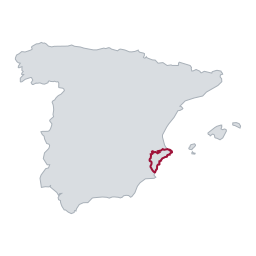 where Alicante sits in Spain
{"feature_id": "ESP-5803", "entity_name": "Alicante", "entity_type": "Autonomous Community", "adm_level": 1, "iso_a3": "ESP", "parent_name": "Spain", "parent_adm1": "", "projection": "equal_earth", "projection_center": [-0.576, 38.363], "detail": "fine", "context": "in_parent", "style": "outline", "palette": "rose", "viewbox_px": 256, "rotation_deg": 0, "n_neighbors": 0, "source": "natural_earth", "source_scale": "10m", "svg_char_len": 5429}
<svg xmlns="http://www.w3.org/2000/svg" viewBox="0 0 256 256"><path d="M138.2,50.1L138.3,50.8L139.6,52.2L143.5,53.1L144.5,53.7L144.3,55.6L143.4,57.3L144.2,58.0L145.2,58.0L146.3,56.7L146.6,57.5L148.4,58.4L152.4,59.9L155.2,60.1L158.1,63.2L162.9,62.6L167.1,65.5L171.1,64.9L172.0,65.4L178.3,65.5L178.6,63.1L179.3,62.2L190.1,65.5L191.5,67.5L191.2,68.6L191.8,71.0L193.2,70.9L196.1,69.5L199.8,71.2L200.8,72.7L201.5,72.8L204.3,71.3L211.8,73.1L212.1,71.9L212.6,71.6L215.7,70.6L217.0,70.3L221.0,71.1L221.5,72.5L222.3,73.0L222.7,74.2L220.4,74.9L220.1,76.9L221.6,78.7L221.8,81.7L217.9,85.5L206.4,92.1L202.7,96.0L194.1,98.0L185.2,100.9L179.9,106.2L181.3,106.6L182.9,108.4L182.3,109.2L180.0,110.4L177.9,110.7L174.1,117.3L168.7,124.0L166.7,127.0L162.5,134.9L162.5,137.2L164.6,145.1L165.8,147.2L167.5,148.9L170.7,150.4L171.5,151.9L170.4,153.3L167.2,155.8L161.6,159.1L159.2,161.8L158.7,164.3L157.1,165.5L156.5,169.1L154.2,174.1L154.1,175.4L155.8,177.2L154.1,178.3L145.4,178.8L140.1,182.7L137.4,186.2L134.9,192.7L131.9,196.5L130.6,197.2L128.6,195.5L126.1,195.3L123.6,195.8L122.3,197.2L120.3,197.9L118.4,197.3L114.1,196.9L112.2,197.0L109.3,198.1L106.8,197.3L102.5,197.0L93.2,197.8L92.1,198.2L87.9,202.6L83.4,202.7L79.3,204.5L76.5,208.8L75.9,211.1L75.1,210.5L74.5,210.7L74.1,212.5L71.3,213.6L68.2,212.1L65.6,210.0L64.2,209.9L62.1,206.6L61.2,204.4L60.5,202.2L60.5,200.6L58.6,199.7L58.1,197.6L59.6,194.9L61.6,193.4L59.8,193.5L58.5,195.3L56.9,192.5L50.3,187.0L50.7,185.1L49.6,186.6L48.8,186.9L45.3,186.7L41.4,187.4L40.0,178.2L41.1,175.0L45.7,168.7L48.5,167.9L49.7,164.7L47.2,164.8L43.3,158.6L44.5,152.9L48.7,148.6L49.4,146.8L49.6,145.2L48.8,144.1L46.7,143.5L44.6,139.0L44.1,136.2L42.3,134.6L40.9,131.8L42.3,131.4L48.0,131.3L49.4,130.6L50.5,128.8L51.6,125.7L51.9,123.8L49.8,121.1L49.7,120.6L50.1,119.7L53.6,116.7L53.0,114.5L53.7,109.9L53.5,107.2L53.2,105.0L52.1,102.1L52.9,100.9L54.7,99.9L56.2,97.6L58.3,95.6L61.1,94.1L64.4,90.6L63.9,89.1L62.8,88.2L58.9,87.6L58.7,86.9L58.8,83.2L57.9,81.7L56.4,81.9L54.3,81.2L53.8,81.6L51.0,81.5L49.1,80.9L48.3,81.4L48.0,82.7L44.7,84.1L42.9,84.0L40.0,82.9L36.6,83.3L36.2,83.0L33.2,84.5L32.3,84.5L31.1,82.7L32.8,80.1L31.5,77.6L30.6,77.5L25.2,79.3L22.0,81.7L20.7,82.0L20.3,81.6L20.3,78.2L23.7,74.5L21.6,74.3L21.8,73.2L23.2,71.5L21.9,70.3L22.0,66.6L19.1,67.8L18.3,67.6L18.4,66.1L20.3,63.2L18.4,62.8L17.0,61.7L15.4,59.3L15.4,58.1L16.5,55.1L19.1,53.7L21.7,51.6L25.1,52.0L30.2,50.3L32.0,49.4L32.0,48.2L31.5,47.2L32.0,46.4L36.3,43.9L38.8,43.7L41.4,42.4L43.0,43.2L44.5,43.0L46.2,43.9L48.4,46.1L51.7,46.9L54.3,46.3L67.8,46.1L71.7,45.0L74.6,46.3L80.4,47.0L83.8,48.1L93.3,49.9L96.8,49.9L103.8,48.1L105.7,48.6L108.5,47.7L109.8,47.9L111.5,49.1L117.6,50.8L119.3,49.4L120.5,49.1L124.9,50.0L129.3,51.8L131.6,51.9L135.0,51.4L138.2,50.1ZM221.0,128.9L222.6,129.7L224.3,129.0L225.2,129.2L226.1,129.6L226.4,131.0L222.8,137.9L220.0,139.8L217.0,138.3L215.3,137.9L214.8,137.4L214.4,135.1L213.6,134.4L212.5,134.1L210.2,135.9L209.5,134.7L208.4,134.5L208.0,133.8L208.0,132.9L214.9,127.5L216.9,126.3L221.1,125.0L221.8,125.2L221.3,126.0L221.9,126.7L221.0,128.9ZM240.6,126.1L240.0,128.1L234.8,125.5L233.1,125.2L232.7,124.8L232.8,122.9L236.3,122.6L239.1,123.6L240.6,126.1ZM192.5,148.3L191.9,149.7L189.3,149.2L188.8,148.6L189.3,147.1L190.1,146.9L190.1,145.8L190.9,144.7L194.5,143.8L195.3,144.6L195.5,145.6L193.4,148.0L192.5,148.3ZM195.1,153.8L194.7,154.1L191.9,153.8L191.8,152.9L192.4,151.7L193.4,152.9L195.1,153.2L195.1,153.8Z" fill="#d9dde1" stroke="#a8b0b8" stroke-width="1"/><path d="M167.5,149.1L167.9,149.4L168.3,149.5L169.1,149.6L169.9,149.8L170.7,150.3L171.2,150.9L170.9,151.0L171.1,151.1L171.3,151.3L171.7,151.7L171.9,151.6L172.0,151.9L172.0,152.3L171.9,152.4L171.6,152.4L171.3,152.5L171.1,152.7L170.8,152.9L170.6,153.4L170.5,153.5L170.2,153.5L169.8,153.8L169.6,153.9L169.5,154.1L169.3,154.4L169.4,154.7L169.1,154.7L168.9,154.7L168.6,154.8L168.3,154.9L167.8,154.9L167.6,155.0L167.3,155.2L167.1,155.5L167.1,155.9L167.2,156.2L167.0,156.5L166.8,156.8L166.5,156.9L165.8,156.9L165.1,157.1L164.6,157.2L164.1,157.6L162.5,158.3L162.2,158.5L162.1,158.8L161.4,159.6L161.2,159.9L161.1,160.4L161.1,160.6L160.5,160.7L160.3,160.8L160.1,161.0L160.0,161.3L159.4,161.3L159.3,162.2L159.5,164.2L159.3,164.5L159.0,164.6L158.4,164.5L158.0,164.6L157.7,164.9L157.5,165.2L157.3,165.6L157.2,165.9L157.1,166.3L157.1,167.2L157.0,168.7L156.9,169.1L156.8,169.3L156.3,169.5L156.0,169.9L155.9,170.2L155.2,172.0L155.1,172.3L154.8,172.4L154.7,172.4L154.5,172.2L154.4,172.1L153.9,171.9L153.1,171.1L153.0,170.9L152.5,170.4L152.4,170.2L152.2,169.8L151.9,169.4L151.8,169.2L151.6,168.9L151.4,168.3L151.0,167.7L150.9,167.6L150.7,167.3L150.6,167.1L150.5,166.7L150.5,166.3L150.6,165.8L150.7,165.6L151.2,164.8L151.3,164.5L151.4,164.3L151.5,163.6L151.6,163.1L151.6,162.8L151.4,161.9L151.2,161.6L150.9,161.4L150.2,161.1L149.9,161.1L149.7,160.8L149.6,160.5L149.6,159.6L149.7,159.2L149.8,159.0L149.9,158.8L150.6,158.2L150.8,157.9L150.8,157.7L150.8,157.2L150.8,156.8L151.0,156.2L151.0,155.6L150.7,154.2L151.0,154.1L151.5,154.2L151.8,154.1L152.1,154.0L152.6,153.6L152.7,153.4L152.5,153.1L152.3,152.9L152.2,152.7L152.0,152.2L151.9,151.8L151.9,151.6L152.0,151.5L152.1,151.4L152.3,151.3L152.5,151.6L152.8,151.6L153.2,151.5L153.4,151.5L153.5,151.6L154.0,152.2L154.2,152.3L155.4,152.0L155.7,152.0L157.0,152.8L157.3,153.1L157.6,153.3L159.5,152.2L159.2,151.9L158.8,151.8L158.5,152.0L158.0,151.1L161.0,150.5L162.8,149.1L164.1,149.8L167.5,149.1Z" fill="none" stroke="#9f1239" stroke-width="2"/></svg>